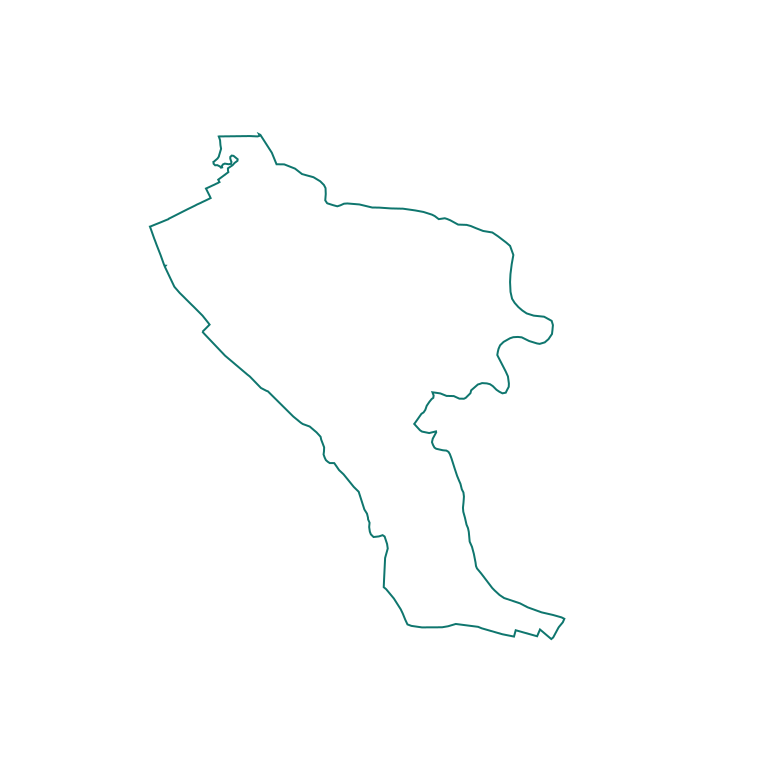 Banjul North, Banjul, Gambia (Mercator projection), rotated 214°
{"feature_id": "56634734B93236052329958", "entity_name": "Banjul North", "entity_type": "district", "adm_level": 2, "iso_a3": "GMB", "parent_name": "Gambia", "parent_adm1": "Banjul", "projection": "mercator", "projection_center": [-16.6, 13.458], "detail": "fine", "context": "isolated", "style": "outline", "palette": "teal", "viewbox_px": 768, "rotation_deg": 214, "n_neighbors": 0, "source": "geoboundaries", "source_scale": "gbopen_adm2", "svg_char_len": 4102}
<svg xmlns="http://www.w3.org/2000/svg" viewBox="0 0 768 768"><g transform="rotate(214 384 384)"><path d="M563.9,325.8L560.6,325.0L531.6,318.6L502.4,315.4L499.5,315.2L483.8,311.9L477.6,312.6L476.2,313.0L460.5,310.0L441.0,306.3L431.4,305.4L429.0,305.4L421.8,307.2L416.6,306.6L412.9,306.2L407.1,304.8L405.0,302.8L402.0,300.7L398.2,298.0L396.1,294.6L394.7,291.8L392.0,289.8L389.6,288.4L387.2,288.1L384.8,288.1L381.0,290.6L373.1,287.5L367.0,286.5L360.4,284.5L351.6,281.8L344.7,280.5L330.1,269.0L325.6,267.0L322.6,264.3L321.5,262.9L318.4,260.9L316.3,257.1L313.2,253.7L310.8,252.0L307.1,251.3L303.0,254.8L300.6,257.9L298.2,257.9L292.0,253.1L288.9,249.7L285.8,240.4L274.4,221.6L270.6,215.4L267.5,215.1L255.9,211.7L244.2,206.6L240.1,204.2L234.6,200.5L230.1,197.8L226.0,198.8L216.5,203.4L199.8,214.8L195.4,219.0L190.3,225.2L170.2,235.3L166.4,236.1L146.0,242.7L135.0,247.3L137.1,253.5L116.0,260.5L117.4,267.7L102.7,266.1L102.0,268.5L103.1,279.5L103.1,280.5L102.5,286.4L103.2,290.2L106.3,289.8L114.8,287.0L125.7,282.8L140.0,279.2L148.6,278.2L164.8,273.7L170.3,273.7L176.8,274.7L180.2,275.4L197.0,281.1L203.8,283.1L205.9,284.5L208.3,287.2L214.5,293.4L220.0,298.2L224.8,301.2L231.0,308.8L233.8,311.5L236.9,313.5L242.0,318.3L246.8,322.4L249.3,325.5L251.7,330.0L253.4,333.0L254.8,335.4L257.5,338.5L260.6,340.2L264.8,344.0L267.5,345.7L272.0,348.7L278.2,353.5L286.4,360.0L290.2,362.7L292.6,363.8L295.0,363.7L298.1,362.0L304.5,359.5L306.6,359.5L309.3,360.9L311.7,362.6L313.0,365.9L313.7,373.1L314.4,373.8L319.1,368.6L325.9,365.8L328.0,365.8L328.4,365.8L336.6,367.8L336.5,369.7L336.3,380.2L335.3,382.6L335.3,385.7L336.4,389.8L336.4,394.6L336.1,398.1L335.4,400.1L336.4,402.2L339.2,404.2L335.8,405.9L332.0,407.7L325.5,409.1L319.4,413.0L313.3,414.0L309.5,416.5L308.5,418.2L307.2,424.7L308.2,427.5L305.9,436.1L304.5,437.8L303.2,439.6L299.1,442.0L296.0,443.1L292.6,443.1L287.5,442.1L284.0,442.1L280.6,442.5L278.2,444.9L278.6,447.6L279.0,451.4L280.7,454.2L285.5,459.6L290.2,462.5L304.6,470.4L306.3,471.4L307.7,474.5L308.7,477.2L309.4,481.0L308.4,485.8L305.1,492.4L303.0,495.1L299.3,497.9L295.9,499.7L287.7,500.8L279.8,503.2L277.4,504.3L274.0,508.4L272.7,513.2L272.7,519.4L274.5,522.9L276.9,527.3L280.3,530.1L281.4,530.0L288.9,529.3L298.1,524.4L305.2,522.3L310.4,522.3L315.5,522.9L321.0,524.3L325.5,526.3L330.6,531.1L336.5,539.0L340.6,545.8L345.1,554.7L348.9,563.3L356.7,569.0L361.8,569.6L372.1,570.2L378.9,570.2L387.4,566.3L394.9,564.6L400.4,563.5L404.5,562.1L411.7,557.6L420.5,556.8L424.0,556.1L426.3,555.4L430.8,551.3L435.9,551.6L439.0,551.2L447.5,548.7L455.3,545.3L466.2,540.0L476.5,533.4L486.7,527.5L492.5,523.7L504.8,519.1L515.3,513.2L518.0,511.1L520.1,507.7L522.1,505.2L526.2,503.8L532.0,502.1L532.3,502.1L535.4,503.4L538.5,508.9L542.0,513.7L545.1,515.4L550.2,516.4L558.1,516.0L569.3,512.2L578.2,512.8L589.5,510.3L595.5,506.4L595.9,506.2L596.0,506.1L596.9,506.7L606.3,513.0L625.8,521.4L627.3,521.2L625.8,520.4L627.2,518.6L633.9,514.5L659.2,497.0L659.4,496.8L658.5,496.2L656.2,494.4L653.2,490.6L650.6,487.9L649.4,484.1L648.6,481.5L648.5,481.2L648.1,480.2L648.1,477.8L649.4,473.0L649.6,472.7L648.4,471.3L646.3,470.9L644.6,472.2L641.8,472.6L640.1,472.2L639.3,473.1L640.3,474.0L640.3,476.0L639.2,477.7L635.7,479.3L634.0,480.9L634.6,482.8L635.6,483.4L637.5,484.9L638.4,486.3L638.0,488.2L636.3,489.0L631.0,488.5L630.3,487.1L631.5,483.7L631.9,480.7L634.0,475.5L632.5,473.5L632.1,473.2L631.5,472.6L635.7,460.7L633.3,459.4L633.8,458.5L634.3,457.4L634.8,456.7L635.7,455.1L636.5,453.7L637.1,452.8L638.2,450.9L640.7,446.8L640.9,446.5L634.7,443.0L634.3,442.8L631.7,441.2L633.9,437.4L634.6,436.2L635.8,434.2L636.8,432.5L637.1,431.9L639.4,428.2L640.4,426.3L642.8,422.1L644.1,419.9L647.4,414.0L648.9,411.3L653.7,402.7L654.9,400.6L654.9,400.1L656.2,398.2L659.7,392.9L663.5,387.3L665.9,383.7L666.0,383.6L665.7,383.4L665.1,382.9L664.1,382.2L655.6,375.9L654.1,374.9L650.5,372.3L641.1,365.8L633.1,359.9L632.3,359.4L631.2,360.0L631.3,358.7L612.2,347.4L610.8,347.0L604.1,345.2L599.1,344.3L595.1,343.5L587.7,342.1L585.4,341.7L572.7,339.2L564.1,336.5L561.8,335.7L563.7,325.8L563.9,325.8Z" fill="none" stroke="#0f766e" stroke-width="2"/></g></svg>